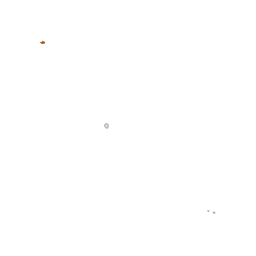 location of Tafunsak, Kosrae, Federated States of Micronesia, rotated 214°
{"feature_id": "79324940B50347323269850", "entity_name": "Tafunsak", "entity_type": "district", "adm_level": 2, "iso_a3": "FSM", "parent_name": "Federated States of Micronesia", "parent_adm1": "Kosrae", "projection": "orthographic", "projection_center": [162.944, 5.328], "detail": "fine", "context": "in_parent", "style": "filled", "palette": "amber", "viewbox_px": 256, "rotation_deg": 214, "n_neighbors": 0, "source": "geoboundaries", "source_scale": "gbopen_adm2", "svg_char_len": 1143}
<svg xmlns="http://www.w3.org/2000/svg" viewBox="0 0 256 256"><g transform="rotate(214 128 128)"><path d="M148.7,119.3L147.5,119.8L145.9,119.6L145.5,117.8L144.8,117.4L144.9,116.5L146.0,115.8L148.3,116.4L149.1,117.6L148.6,118.4L148.7,119.3ZM10.1,106.2L9.9,106.5L8.7,106.4L8.5,106.2L9.2,106.0L9.3,105.6L9.0,105.5L9.2,105.3L9.7,105.3L10.0,105.5L10.2,105.9L10.1,106.2ZM246.8,151.2L247.0,152.2L245.7,151.7L245.5,151.4L246.3,151.0L246.8,151.2ZM15.0,104.5L14.6,104.6L14.4,104.5L14.5,104.0L14.6,103.8L15.0,103.8L15.6,103.9L15.6,104.1L15.0,104.5Z" fill="#d9dde1" stroke="#a8b0b8" stroke-width="1"/><path d="M247.5,150.3L247.4,150.3L247.2,150.3L246.9,150.3L246.7,150.4L246.5,150.5L246.4,150.5L246.4,150.8L246.2,150.9L246.2,151.0L246.2,150.9L246.2,151.0L246.0,151.3L245.9,151.3L245.7,151.4L245.6,151.5L245.4,151.6L245.2,151.6L245.1,151.8L245.2,152.0L245.3,152.0L245.5,152.0L245.5,151.9L245.7,152.0L245.8,152.0L245.8,151.9L246.0,151.8L246.0,151.7L246.3,151.6L246.5,151.6L246.7,151.4L246.8,151.4L246.9,151.2L247.0,151.1L247.0,150.9L247.1,150.7L247.3,150.6L247.4,150.4L247.5,150.3L247.5,150.3Z" fill="#f59e0b" stroke="#b45309" stroke-width="1.5"/></g></svg>